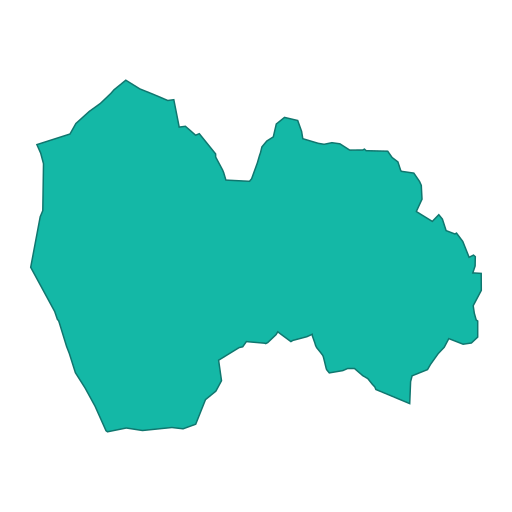 the district of Gboko, Benue, Nigeria
{"feature_id": "59680162B69095881694103", "entity_name": "Gboko", "entity_type": "district", "adm_level": 2, "iso_a3": "NGA", "parent_name": "Nigeria", "parent_adm1": "Benue", "projection": "robinson", "projection_center": [8.956, 7.369], "detail": "fine", "context": "isolated", "style": "filled", "palette": "teal", "viewbox_px": 512, "rotation_deg": 0, "n_neighbors": 0, "source": "geoboundaries", "source_scale": "gbopen_adm2", "svg_char_len": 1848}
<svg xmlns="http://www.w3.org/2000/svg" viewBox="0 0 512 512"><path d="M409.7,403.6L410.6,381.6L412.1,375.8L427.5,369.6L430.5,364.4L438.2,353.6L441.8,349.8L444.2,347.3L448.8,338.6L463.1,344.2L471.4,343.0L477.7,337.1L477.7,321.0L476.2,320.0L474.3,313.2L473.2,305.7L481.3,290.4L481.2,273.4L472.8,272.9L475.1,266.0L475.3,256.7L473.5,255.1L469.1,257.3L462.8,241.5L456.5,233.1L454.9,234.0L446.1,230.6L442.4,219.1L438.8,214.7L432.3,221.4L416.4,211.6L416.4,211.3L422.0,199.2L421.3,185.4L419.5,181.4L413.8,173.1L401.3,171.3L400.6,170.2L397.9,161.9L392.1,157.5L387.7,151.2L366.1,150.7L364.4,149.1L362.8,150.0L349.7,150.1L339.9,143.8L331.9,142.7L324.1,144.3L318.2,143.3L302.8,138.7L301.6,131.4L297.7,120.5L284.5,117.4L276.3,124.0L273.3,136.9L266.8,141.0L261.9,146.9L260.4,153.0L259.7,154.9L258.4,159.3L257.4,162.8L251.6,178.8L249.5,181.3L226.0,180.1L225.8,179.8L223.7,172.7L222.6,170.0L215.7,157.1L215.6,153.9L199.3,133.7L195.6,135.2L185.4,126.3L179.2,127.1L173.8,99.7L167.8,100.5L152.5,94.0L139.8,88.9L125.8,80.2L114.0,89.8L110.9,93.4L100.4,103.4L89.4,111.3L75.9,123.5L70.0,134.0L36.9,144.6L40.7,153.2L43.5,163.7L42.8,210.6L40.2,216.8L30.7,267.3L54.7,311.5L57.4,319.4L58.6,320.7L59.2,322.4L66.6,346.5L69.3,353.4L75.4,372.7L85.1,388.0L95.1,406.3L106.0,430.7L107.5,431.8L126.3,428.0L142.5,430.5L171.9,427.5L183.1,428.8L195.7,424.2L205.5,399.6L215.9,391.1L221.5,380.7L218.6,360.2L239.1,347.6L242.7,346.8L246.4,341.6L264.7,343.2L265.7,343.6L267.7,342.6L276.0,334.7L277.8,331.8L280.5,333.9L290.9,341.6L292.9,340.4L306.9,336.7L312.2,334.3L312.4,336.0L314.8,342.8L315.6,345.5L316.7,347.7L320.1,351.9L322.7,355.3L323.3,356.7L324.3,360.6L325.8,366.8L326.2,368.4L326.6,369.6L327.4,370.6L329.3,372.9L342.8,370.6L347.6,368.5L354.5,368.5L362.8,375.7L367.8,378.6L372.5,384.5L374.8,386.9L375.9,389.5L409.7,403.6Z" fill="#14b8a6" stroke="#0f766e" stroke-width="1.5"/></svg>